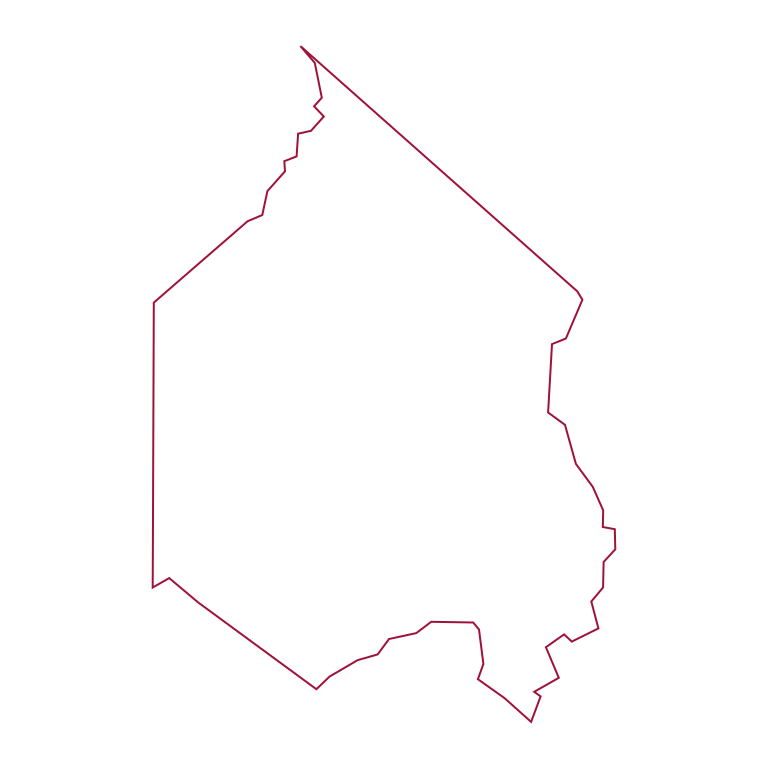 Alpine, California, United States of America
{"feature_id": "52423323B67588574079428", "entity_name": "Alpine", "entity_type": "district", "adm_level": 2, "iso_a3": "USA", "parent_name": "United States of America", "parent_adm1": "California", "projection": "albers", "projection_center": [-119.752, 38.63], "detail": "fine", "context": "isolated", "style": "outline", "palette": "rose", "viewbox_px": 768, "rotation_deg": 0, "n_neighbors": 0, "source": "geoboundaries", "source_scale": "gbopen_adm2", "svg_char_len": 796}
<svg xmlns="http://www.w3.org/2000/svg" viewBox="0 0 768 768"><path d="M153.0,517.6L152.7,587.5L169.2,578.1L198.6,602.8L316.4,689.2L329.6,676.5L357.7,660.1L377.7,654.4L389.0,639.0L416.3,633.1L431.2,621.8L473.2,622.5L479.0,629.5L483.4,664.0L477.9,679.2L504.5,698.1L531.1,721.9L540.6,696.4L534.2,691.8L558.8,677.8L545.9,647.2L564.1,634.4L571.8,641.6L598.4,628.4L591.3,601.5L603.1,587.4L603.6,562.0L615.3,549.3L614.8,529.2L602.8,527.0L603.2,510.4L592.8,486.9L575.9,463.9L565.0,424.9L548.1,412.5L552.0,344.1L565.9,338.5L582.4,299.8L577.3,291.3L575.9,290.1L575.3,289.6L300.4,46.1L314.8,62.9L321.8,97.7L314.1,106.3L323.8,116.5L311.0,130.8L298.1,133.7L296.6,156.4L284.3,161.2L285.0,171.3L267.4,191.1L262.3,215.0L247.5,221.3L153.8,302.6L153.0,517.6Z" fill="none" stroke="#9f1239" stroke-width="2"/></svg>